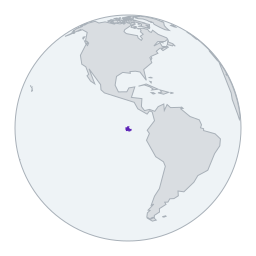 Galápagos on an orthographic globe
{"feature_id": "ECU-1270", "entity_name": "Galápagos", "entity_type": "Province", "adm_level": 1, "iso_a3": "ECU", "parent_name": "Ecuador", "parent_adm1": "", "projection": "orthographic", "projection_center": [-90.747, 0.131], "detail": "fine", "context": "on_globe", "style": "filled", "palette": "violet", "viewbox_px": 256, "rotation_deg": 0, "n_neighbors": 0, "source": "natural_earth", "source_scale": "10m", "svg_char_len": 7681}
<svg xmlns="http://www.w3.org/2000/svg" viewBox="0 0 256 256"><circle cx="128" cy="128" r="113" fill="#eef3f6" stroke="#a8b0b8"/><path d="M19.8,159.2L20.0,160.0L19.8,159.2ZM152.2,112.0L149.6,110.8L147.1,114.1L137.8,108.8L134.2,102.3L104.4,92.9L101.0,89.8L100.6,84.6L89.0,68.8L94.8,83.9L90.6,81.1L87.0,75.8L88.7,74.3L85.8,66.8L81.8,64.2L80.4,55.3L86.1,44.2L87.5,45.6L88.7,43.1L87.0,41.3L85.5,40.8L87.2,32.4L82.4,29.7L77.5,31.4L81.2,29.3L69.7,34.7L65.0,36.4L72.4,33.0L74.8,31.6L72.6,31.8L74.5,30.5L74.5,30.0L77.0,28.5L81.2,27.0L82.9,26.1L81.2,26.4L82.7,25.4L84.9,25.0L87.7,23.3L95.1,21.3L98.9,23.0L105.1,21.9L114.5,24.1L115.7,23.2L120.0,23.9L123.0,23.2L123.9,24.2L125.6,22.9L124.2,22.2L124.4,21.5L126.1,21.1L127.5,22.1L126.9,22.4L128.1,22.6L128.1,23.3L129.1,22.8L130.6,24.3L131.5,22.3L134.8,23.2L135.1,24.3L131.9,24.8L124.7,29.7L124.0,31.6L126.3,33.6L137.5,35.7L138.1,37.9L141.3,40.4L142.4,38.7L140.3,36.3L143.2,34.2L140.4,31.8L141.1,30.7L139.5,28.4L143.2,28.3L147.7,29.5L149.3,31.6L151.3,32.4L152.6,30.2L158.2,34.4L166.6,37.8L167.7,39.2L164.8,41.5L157.7,41.6L153.9,46.0L159.9,42.8L162.5,46.8L164.4,47.5L166.3,47.3L166.7,45.8L168.3,47.2L163.0,50.6L161.4,49.3L163.1,48.1L159.8,48.3L156.3,51.2L157.9,53.3L150.8,56.5L151.9,58.2L150.9,60.1L149.7,57.1L151.8,62.7L143.7,69.5L146.3,80.3L140.0,72.0L135.4,71.2L130.0,71.6L130.3,73.3L122.7,72.4L116.5,76.4L115.1,85.2L118.4,91.9L126.8,91.8L128.9,87.9L134.8,86.9L131.4,97.4L141.9,98.6L141.4,106.6L144.5,110.6L149.5,109.4L154.8,111.3L158.2,106.6L163.8,104.0L164.3,110.5L167.1,104.5L170.5,107.6L181.4,107.3L180.7,108.8L190.0,116.5L199.3,119.9L201.5,124.8L200.5,127.8L203.6,128.7L203.6,130.6L215.1,133.8L220.4,138.9L219.8,145.8L214.6,153.6L207.8,170.2L197.8,175.6L193.9,182.2L183.9,191.8L178.0,191.0L178.3,195.8L173.9,198.6L169.8,198.8L167.9,202.1L164.7,202.2L166.0,204.4L159.4,208.6L159.5,212.0L154.3,215.4L154.4,217.3L153.0,217.3L151.1,218.0L150.5,219.1L146.8,217.2L147.4,212.8L150.0,210.5L148.1,210.1L153.8,204.1L151.2,205.3L154.5,196.2L159.4,188.6L165.3,166.3L163.5,161.8L155.7,156.7L146.5,140.3L149.4,133.5L147.2,130.3L154.5,120.7L152.2,112.0ZM31.5,91.6L32.1,89.1L32.5,90.5L31.5,91.6ZM32.0,87.7L31.9,88.5L31.9,87.9L32.0,87.7ZM31.7,87.3L31.9,87.6L31.6,87.5L31.7,87.3ZM31.1,87.2L31.5,87.1L31.4,87.2L31.1,87.2ZM146.2,84.0L158.1,89.2L151.8,90.0L152.9,88.9L149.8,86.8L144.2,84.9L138.5,86.2L146.2,84.0ZM30.6,86.1L30.5,85.8L30.9,85.5L30.6,86.1ZM150.5,77.8L148.5,77.5L150.4,77.4L150.5,77.8ZM84.5,40.9L86.7,41.5L87.6,43.8L85.6,43.4L84.5,40.9ZM83.1,37.2L84.7,36.8L83.2,39.1L82.8,38.6L83.1,37.2ZM73.6,33.1L75.0,33.0L73.0,33.6L73.6,33.1ZM74.1,30.2L73.1,30.7L73.5,30.3L74.1,30.2ZM137.5,28.6L138.5,28.5L138.3,29.0L137.5,28.6ZM135.9,27.8L135.0,28.5L134.1,28.2L134.7,27.8L135.9,27.8ZM77.8,27.7L78.9,27.0L78.5,27.4L77.8,27.7ZM137.2,27.1L132.6,27.7L131.1,27.3L131.9,25.4L137.2,27.1ZM79.9,26.4L82.4,25.0L80.4,25.9L87.6,22.9L83.1,24.8L83.0,25.1L81.7,25.6L79.9,26.4ZM123.0,22.1L124.6,22.9L121.8,22.7L123.0,22.1ZM121.2,22.2L112.2,23.3L110.7,22.3L114.0,22.0L110.9,21.2L114.6,20.2L117.2,20.4L117.4,21.2L118.6,20.2L121.2,22.2ZM91.2,21.6L92.4,21.1L91.9,21.3L91.2,21.6ZM124.3,21.2L122.6,21.4L121.2,20.5L124.4,19.9L123.8,20.4L124.3,21.2ZM108.3,21.6L107.8,21.0L110.7,20.0L110.9,19.6L114.6,20.1L108.3,21.6ZM125.0,20.4L126.0,19.7L128.1,19.9L125.9,20.9L125.0,20.4ZM119.6,20.5L119.1,20.1L120.4,20.1L119.6,20.5ZM136.3,20.5L134.3,20.5L133.4,20.0L136.3,20.5ZM126.2,19.5L125.5,19.4L124.9,19.3L126.0,18.9L126.2,19.5ZM116.3,19.4L117.6,19.2L115.0,19.1L117.0,18.5L119.1,19.0L119.1,18.6L119.7,18.4L120.7,19.0L116.3,19.4ZM125.4,18.2L128.8,19.0L132.6,18.9L133.5,19.3L127.1,19.3L125.4,18.2ZM122.6,18.6L124.5,18.4L124.6,18.9L123.4,19.3L122.6,18.6ZM117.6,18.0L114.0,18.8L113.6,18.7L117.6,18.0ZM126.5,18.1L125.6,17.9L126.7,18.0L126.5,18.1ZM120.3,17.9L119.1,18.1L118.7,18.0L120.3,17.9ZM125.0,17.5L126.1,17.7L125.3,17.9L125.0,17.5ZM122.9,17.6L122.7,17.4L124.3,17.9L122.3,17.7L122.9,17.6ZM120.2,17.7L119.6,17.7L120.8,17.6L120.2,17.7ZM127.5,16.7L129.8,17.4L128.0,17.8L126.0,17.1L127.5,16.7ZM152.4,221.1L146.9,217.9L150.2,219.4L153.7,217.7L156.2,220.1L152.4,221.1ZM162.3,216.7L165.7,215.8L166.1,216.3L163.9,217.1L162.3,216.7ZM216.0,57.6L218.3,60.7L218.9,61.9L217.2,60.4L209.4,51.2L209.0,49.7L206.2,47.0L202.2,43.4L202.4,43.5L200.7,42.0L200.5,41.8L208.6,49.3L216.0,57.6ZM87.9,22.8L87.6,22.9L80.4,25.9L80.1,26.0L87.9,22.8ZM76.2,28.0L75.6,28.3L76.2,28.0ZM240.1,116.9L239.4,119.5L237.8,114.6L232.2,99.4L231.2,93.1L228.4,86.1L219.0,62.2L220.1,63.1L219.7,62.6L224.3,69.6L228.4,76.9L231.9,84.5L234.8,92.3L237.2,100.4L239.0,108.6L240.1,116.9ZM225.7,73.7L226.8,75.7L225.7,73.7ZM181.8,107.2L183.1,108.4L181.4,108.5L181.8,107.2ZM151.2,92.6L153.6,92.7L154.9,93.6L153.1,94.0L151.2,92.6ZM170.8,92.4L173.5,93.0L170.8,93.5L170.8,92.4ZM159.9,89.9L168.7,92.3L163.6,94.2L158.0,92.8L161.7,92.2L159.9,89.9ZM149.9,81.4L151.4,81.8L151.1,82.9L149.9,81.4ZM151.9,77.8L151.4,77.9L150.5,77.0L151.9,77.8ZM162.8,46.6L163.3,46.4L165.3,46.5L164.6,47.2L162.8,46.6ZM172.9,43.8L175.3,46.2L173.1,44.8L172.5,45.9L167.3,44.6L168.0,39.8L168.6,42.1L172.9,43.8ZM160.4,41.9L163.7,43.0L160.1,42.0L160.4,41.9ZM191.9,35.6L193.1,36.2L195.3,37.9L196.7,39.5L193.6,37.0L191.9,35.6ZM198.9,40.4L199.9,41.5L198.2,39.9L197.1,39.3L194.2,36.9L187.8,32.7L186.6,31.8L188.3,33.0L188.2,32.8L191.0,34.7L193.7,36.5L198.9,40.4ZM173.4,26.5L170.6,25.5L171.7,24.8L174.2,25.8L175.8,27.2L173.8,26.8L173.4,26.5ZM139.6,24.1L138.4,24.3L138.0,24.0L138.7,23.4L139.6,24.1ZM135.5,20.5L144.1,22.8L143.3,23.1L149.4,24.5L149.5,26.0L145.5,25.0L150.2,27.4L146.6,27.1L150.0,28.7L141.2,26.3L138.2,26.4L141.5,25.6L141.5,24.2L140.6,23.6L135.8,22.1L129.4,22.0L128.3,20.8L129.3,20.1L130.7,19.9L130.9,20.6L132.6,19.9L134.0,20.9L135.5,20.5ZM141.4,16.3L141.1,16.4L144.7,16.7L146.1,17.0L146.5,17.0L148.8,17.5L152.2,18.3L152.3,18.4L153.6,18.7L155.1,19.1L156.9,19.6L157.8,20.1L160.1,20.8L159.2,20.7L162.8,21.7L160.6,21.3L162.4,22.0L163.6,22.1L164.3,25.6L166.4,28.0L169.3,30.4L165.0,29.7L159.6,27.2L154.1,24.3L152.8,22.3L151.1,22.5L150.0,21.7L151.8,21.8L148.3,21.2L147.8,20.6L143.0,19.0L138.3,18.7L136.4,18.3L138.0,18.1L135.0,17.9L136.8,17.3L135.5,17.1L135.9,16.5L139.8,16.6L138.0,16.3L138.3,16.1L141.4,16.3ZM127.8,16.5L132.1,16.2L135.0,16.3L133.0,17.4L133.9,17.7L132.8,18.7L128.6,18.5L129.3,18.2L129.0,17.9L130.4,18.1L129.1,17.7L130.1,17.3L129.3,17.0L130.9,17.0L127.8,16.5ZM19.9,159.7L19.8,159.2L20.0,160.1L19.9,159.7ZM91.6,21.4L92.3,21.2L91.0,21.6L91.5,21.5L91.6,21.4Z" fill="#d9dde1" stroke="#a8b0b8" stroke-width="1"/><path d="M127.9,129.7L127.9,129.8L127.8,130.0L127.7,130.0L127.4,130.2L127.2,130.3L126.9,130.3L126.7,130.3L126.7,130.2L126.5,129.9L126.9,129.6L127.0,129.6L127.3,129.5L127.3,129.4L127.2,129.3L127.1,129.2L126.9,129.0L126.9,128.9L126.7,128.7L126.8,128.6L126.7,128.6L126.7,128.4L126.4,128.4L126.3,128.2L126.5,128.2L126.8,128.0L127.0,128.2L127.0,128.3L127.1,128.5L127.2,128.8L127.3,128.8L127.5,129.0L127.6,129.3L127.6,129.5L127.8,129.5L127.9,129.7ZM129.1,129.3L129.1,129.5L128.9,129.7L128.8,129.8L128.7,129.8L128.6,129.7L128.4,129.6L128.4,129.4L128.5,129.3L128.9,129.2L129.0,129.2L129.0,129.3L129.1,129.3ZM126.7,129.1L126.4,129.2L126.2,129.1L126.2,128.9L126.4,128.8L126.5,128.8L126.6,128.7L126.6,128.8L126.7,129.0L126.7,129.1ZM130.8,129.6L130.9,129.8L130.7,129.9L130.7,130.0L130.4,130.1L130.2,130.1L130.3,130.0L130.4,129.9L130.5,129.8L130.5,129.7L130.8,129.6L130.8,129.6ZM128.4,128.8L128.3,129.0L128.2,129.0L128.0,128.9L127.9,128.9L127.8,128.7L128.0,128.6L128.3,128.8L128.4,128.8ZM128.7,130.7L128.7,130.8L128.4,130.8L128.5,130.8L128.5,130.7L128.7,130.7ZM128.5,127.7L128.4,127.7L128.5,127.5L128.5,127.7ZM130.1,130.9L130.2,131.0L129.9,130.9L130.0,130.9L130.1,130.9ZM127.9,127.0L128.0,127.0L127.9,127.1L127.9,127.0Z" fill="#8b5cf6" stroke="#5b21b6" stroke-width="1.5"/></svg>